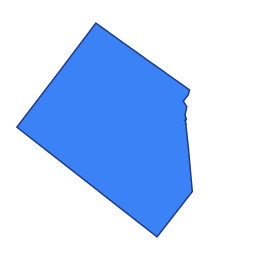 the district of Beaver, Pennsylvania, United States of America, rotated 308°
{"feature_id": "52423323B75932740903659", "entity_name": "Beaver", "entity_type": "district", "adm_level": 2, "iso_a3": "USA", "parent_name": "United States of America", "parent_adm1": "Pennsylvania", "projection": "equal_earth", "projection_center": [-80.311, 40.666], "detail": "fine", "context": "isolated", "style": "filled", "palette": "blue", "viewbox_px": 256, "rotation_deg": 308, "n_neighbors": 0, "source": "geoboundaries", "source_scale": "gbopen_adm2", "svg_char_len": 606}
<svg xmlns="http://www.w3.org/2000/svg" viewBox="0 0 256 256"><g transform="rotate(308 128 128)"><path d="M190.9,38.1L131.4,39.1L60.3,39.9L60.3,40.5L60.2,41.0L60.2,63.7L60.2,68.0L60.2,141.0L60.1,151.7L60.1,164.1L60.1,178.7L60.1,198.6L60.1,217.9L117.2,217.8L117.5,217.8L147.6,189.6L165.5,172.3L167.1,171.3L167.1,170.4L167.8,170.0L168.5,169.0L169.1,169.1L169.1,168.0L170.7,168.6L171.6,167.8L172.0,166.4L172.8,165.8L173.0,165.2L180.9,161.2L183.2,155.0L190.9,155.1L195.9,153.1L194.5,124.3L194.6,124.1L193.4,100.4L193.1,90.9L192.1,69.9L190.9,38.1Z" fill="#3b82f6" stroke="#1e3a8a" stroke-width="1.5"/></g></svg>